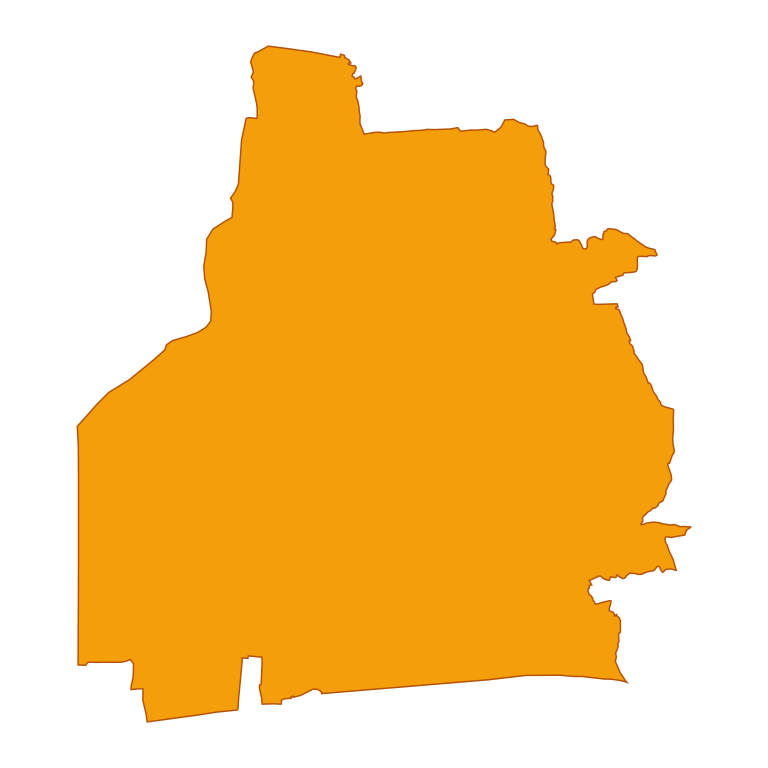 Tamasi, Bacau, Romania
{"feature_id": "2599482B86885010091457", "entity_name": "Tamasi", "entity_type": "district", "adm_level": 2, "iso_a3": "ROU", "parent_name": "Romania", "parent_adm1": "Bacau", "projection": "albers", "projection_center": [27.031, 46.487], "detail": "fine", "context": "isolated", "style": "filled", "palette": "amber", "viewbox_px": 768, "rotation_deg": 0, "n_neighbors": 0, "source": "geoboundaries", "source_scale": "gbopen_adm2", "svg_char_len": 6078}
<svg xmlns="http://www.w3.org/2000/svg" viewBox="0 0 768 768"><path d="M620.3,673.1L615.3,661.3L616.4,656.8L615.6,653.8L615.7,652.9L617.4,649.0L618.2,646.1L617.7,643.3L618.6,642.4L618.9,641.5L618.6,634.4L619.0,633.4L620.4,632.2L620.4,620.8L619.2,617.6L617.0,616.1L616.7,614.5L615.8,614.9L614.9,616.1L614.6,616.0L614.2,614.1L613.1,612.2L609.3,610.8L609.1,610.3L609.2,608.6L610.1,606.0L611.0,601.7L610.9,600.7L609.2,600.8L603.4,602.1L597.9,603.8L595.3,604.2L594.5,602.2L592.6,599.6L592.6,597.8L591.5,596.7L590.9,595.5L589.1,594.3L588.1,591.3L588.1,589.5L589.3,588.0L589.1,585.6L590.4,585.1L591.7,585.0L589.8,581.5L589.1,580.7L598.9,576.1L599.9,576.0L600.8,576.1L602.6,578.0L604.5,579.1L607.2,580.0L609.2,580.3L609.7,579.6L610.4,576.8L615.2,577.6L616.2,577.0L616.7,575.9L616.5,575.1L617.0,574.8L618.3,576.1L622.7,578.6L624.7,578.2L626.4,575.9L629.6,573.2L635.5,573.5L637.7,574.4L641.5,574.3L645.8,572.4L650.0,571.2L653.2,570.8L654.5,570.1L656.7,567.1L657.8,566.3L658.7,566.3L659.4,566.9L661.5,571.2L662.9,572.3L665.6,569.5L667.3,569.2L670.3,568.9L676.3,570.4L672.9,558.9L669.4,551.8L667.1,545.0L666.0,543.1L665.2,541.0L665.0,538.6L665.6,537.1L668.1,536.8L670.6,537.5L684.9,535.0L685.2,533.4L686.3,530.8L688.2,528.8L690.4,527.6L690.7,527.0L682.7,526.5L680.2,526.7L674.7,524.6L669.0,525.0L665.7,524.2L662.6,523.9L660.1,522.9L654.6,522.1L650.9,522.4L646.7,523.1L643.9,524.2L641.2,524.6L640.8,524.3L642.3,522.0L642.8,520.9L642.4,518.3L642.9,517.0L648.4,511.6L650.7,510.5L651.4,509.5L652.7,508.4L655.2,507.9L658.0,505.4L658.7,503.1L662.7,501.1L665.8,494.2L666.1,493.2L665.7,491.6L667.2,487.7L668.2,486.1L668.4,484.9L668.8,484.1L671.5,480.2L671.6,478.8L671.1,474.7L668.2,466.5L667.6,463.6L669.5,463.3L672.0,456.1L673.1,453.8L674.1,452.7L674.2,449.9L673.2,445.2L672.7,439.6L672.8,436.1L673.4,431.0L673.3,419.8L673.6,409.7L673.0,409.1L663.9,406.6L661.6,405.4L661.0,404.8L660.3,402.0L657.6,399.0L657.3,398.3L657.4,397.7L656.4,396.3L655.9,395.0L654.5,393.6L653.0,390.9L651.5,386.1L650.5,384.2L649.6,383.0L648.3,383.0L645.9,376.6L644.3,374.3L643.4,371.9L642.5,365.3L641.6,363.5L639.2,360.5L635.3,354.7L634.5,354.0L634.2,353.4L633.9,350.2L633.2,348.8L632.6,346.2L629.4,342.9L629.1,341.4L629.3,341.1L630.6,340.8L630.5,339.6L629.8,338.5L629.3,336.7L627.3,333.8L626.9,332.6L626.1,329.6L626.1,328.5L625.1,326.4L624.9,325.0L623.8,322.9L623.4,320.6L621.5,315.7L620.4,313.4L619.3,310.0L618.6,309.5L615.9,308.8L615.7,307.5L618.1,306.9L617.0,303.8L597.6,304.4L593.6,304.0L593.8,302.8L592.6,295.6L592.5,293.7L593.9,292.9L595.1,291.7L595.6,289.8L596.9,288.9L601.1,286.9L604.6,286.0L608.8,284.2L610.8,282.1L615.7,281.5L617.0,280.8L615.6,277.2L622.6,275.3L623.7,273.3L624.6,272.8L629.4,272.6L635.2,271.8L636.3,270.9L637.1,269.5L637.5,265.4L637.3,258.5L637.5,257.4L637.9,256.7L639.6,256.3L647.3,256.6L648.5,255.7L650.3,255.5L655.6,256.0L657.2,254.8L655.4,251.7L654.8,249.6L648.3,248.0L645.2,246.7L637.0,240.9L627.4,233.5L625.7,233.6L623.0,233.2L615.5,229.2L614.4,229.6L612.6,229.0L607.8,228.8L606.0,231.2L604.7,231.1L603.9,231.9L604.0,233.2L603.1,234.1L602.8,238.0L603.0,239.2L602.7,239.5L601.6,239.5L598.7,238.6L595.3,236.7L592.6,236.9L589.3,238.2L588.1,239.4L587.3,240.9L587.1,242.5L587.3,246.3L586.6,248.4L585.7,248.8L583.7,248.9L583.0,248.6L581.4,244.8L579.1,240.7L577.6,239.8L573.4,240.0L570.7,242.1L569.7,242.4L568.9,242.1L562.0,242.5L558.0,243.1L557.0,244.1L555.8,242.1L551.9,241.2L551.4,240.0L550.8,239.7L552.5,237.3L554.0,236.0L554.7,234.5L555.8,229.8L554.5,229.2L555.1,227.7L555.2,225.8L554.9,223.3L554.4,221.6L553.4,211.8L553.0,210.8L551.8,203.7L552.8,200.9L552.5,199.0L552.9,196.8L552.0,194.4L552.1,192.9L553.3,189.4L553.7,187.2L553.6,185.3L551.5,183.8L551.1,182.8L550.9,181.5L550.8,177.9L549.8,175.4L547.9,174.3L548.7,169.5L547.9,168.3L546.3,166.9L545.4,165.3L545.0,163.7L545.4,155.6L546.0,153.0L545.7,150.6L544.3,148.2L543.6,145.8L543.6,143.3L543.4,141.9L542.2,139.0L541.7,136.9L539.9,133.1L538.5,131.1L537.7,128.8L537.5,125.5L536.4,125.4L532.3,126.5L528.1,126.2L525.0,124.0L519.4,122.5L513.5,119.3L504.8,120.0L500.9,127.3L494.6,132.2L491.2,130.7L486.3,129.3L475.7,130.2L471.1,130.0L461.7,131.1L460.0,130.8L457.8,127.6L450.6,129.0L434.7,129.6L426.7,129.4L426.6,129.7L418.7,130.5L416.7,130.4L402.5,131.7L388.2,132.5L384.6,133.1L380.6,132.3L375.0,132.3L364.2,134.2L360.0,123.7L359.9,119.3L360.1,116.2L359.3,112.0L359.0,107.3L357.8,100.8L356.5,98.0L356.3,96.3L356.8,91.0L355.6,88.5L356.8,86.0L359.4,86.3L361.3,85.6L362.4,84.5L362.8,83.6L361.6,81.6L360.8,76.1L355.8,78.9L354.6,78.8L353.8,77.1L352.5,76.4L352.1,75.7L352.9,73.8L354.3,73.0L356.1,68.1L356.0,67.1L354.8,65.7L352.8,65.8L348.5,64.4L348.3,63.7L349.3,62.6L350.5,63.2L350.9,62.9L348.7,59.8L344.8,57.4L344.3,55.3L340.6,54.2L339.7,57.4L310.7,51.8L268.3,46.1L258.1,51.7L254.4,53.2L251.9,58.4L250.7,61.9L253.3,71.3L253.0,73.0L251.2,77.2L253.2,80.3L253.8,82.5L253.1,87.9L256.6,103.5L257.2,108.8L257.2,117.3L256.8,118.4L249.2,117.6L246.2,118.3L241.6,139.7L238.4,184.2L235.3,191.3L230.6,198.2L232.9,202.5L232.8,207.9L232.0,217.4L225.3,221.1L213.0,229.1L206.7,239.1L206.1,252.5L203.8,266.1L204.7,278.7L208.3,292.2L211.3,311.4L210.8,321.0L206.1,327.2L197.5,332.5L186.4,336.6L172.7,340.5L166.4,344.9L164.9,349.8L154.4,359.2L129.4,379.7L108.7,392.5L97.3,403.9L77.3,426.3L78.3,445.0L78.5,476.2L78.5,568.2L78.1,665.0L85.9,665.2L87.5,662.6L89.2,662.1L95.9,662.3L121.5,662.2L125.7,661.3L130.3,659.5L133.5,663.7L133.3,673.1L133.0,678.3L132.6,679.1L132.1,682.8L131.4,684.4L131.0,689.6L138.5,688.8L143.0,688.8L142.9,700.5L146.1,714.0L147.2,721.9L201.6,714.5L215.7,712.2L237.4,710.0L238.0,708.5L238.6,698.6L242.1,661.7L242.1,658.0L247.9,658.3L248.3,655.9L261.9,657.2L262.1,663.9L261.1,684.5L259.5,685.0L259.5,688.3L261.7,698.4L262.2,704.1L274.3,703.8L281.0,704.2L281.5,702.6L281.4,700.2L283.9,699.0L287.2,698.5L291.1,698.4L291.0,696.9L292.0,696.3L293.0,696.2L293.2,697.3L300.6,695.4L313.2,689.1L317.4,689.3L320.1,690.8L321.7,692.5L321.7,693.6L488.1,679.8L526.1,675.4L559.7,675.2L573.1,676.4L582.3,676.5L604.0,679.0L611.4,679.2L619.2,680.3L624.5,681.5L626.8,682.3L625.4,680.7L621.6,674.7L620.3,673.1Z" fill="#f59e0b" stroke="#b45309" stroke-width="1.5"/></svg>